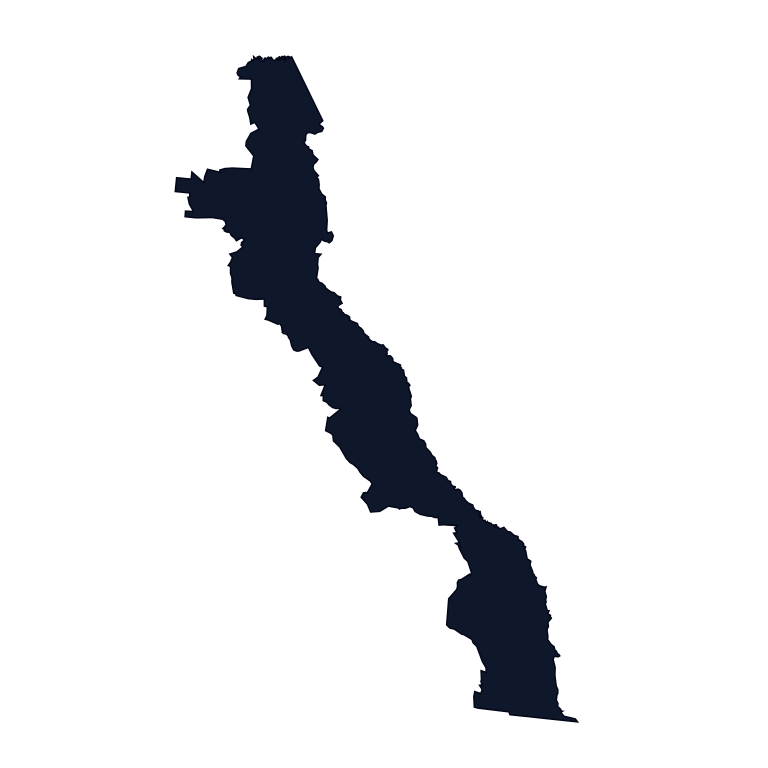 outline of Pijiño Del Carmen, Magdalena, Colombia, rotated 276°
{"feature_id": "7082276B92401866793230", "entity_name": "Pijiño Del Carmen", "entity_type": "district", "adm_level": 2, "iso_a3": "COL", "parent_name": "Colombia", "parent_adm1": "Magdalena", "projection": "robinson", "projection_center": [-74.146, 9.518], "detail": "fine", "context": "isolated", "style": "filled", "palette": "ink", "viewbox_px": 768, "rotation_deg": 276, "n_neighbors": 0, "source": "geoboundaries", "source_scale": "gbopen_adm2", "svg_char_len": 6147}
<svg xmlns="http://www.w3.org/2000/svg" viewBox="0 0 768 768"><g transform="rotate(276 384 384)"><path d="M699.7,258.0L697.5,255.7L697.9,255.3L699.3,256.3L699.8,254.5L699.4,253.3L695.1,251.8L696.3,251.0L698.9,251.7L699.7,251.0L699.1,250.0L696.6,249.8L697.0,248.9L699.0,248.8L699.1,248.3L698.2,247.8L696.5,248.2L695.7,247.3L696.0,246.6L697.9,246.7L698.5,245.9L697.3,244.4L695.5,245.1L696.5,242.9L694.8,242.5L694.3,240.1L697.1,237.7L696.9,236.6L695.3,236.2L696.9,234.7L695.1,233.5L695.8,232.1L695.6,231.3L694.4,230.6L692.7,231.1L692.9,228.3L695.1,228.7L696.9,226.0L696.6,225.2L694.0,225.6L694.5,224.8L696.2,224.5L696.0,223.8L693.7,223.2L695.9,220.2L693.8,220.7L691.6,220.1L692.8,218.5L691.1,218.3L689.6,215.5L685.4,213.5L682.5,206.5L677.9,205.4L675.8,206.7L674.4,209.2L672.4,208.2L673.4,220.3L663.9,221.4L654.8,218.9L647.4,222.0L642.8,219.6L640.8,220.1L635.1,222.6L628.5,224.4L630.7,228.1L624.5,233.1L619.3,225.4L610.8,221.7L606.4,221.7L597.2,230.6L584.0,229.5L582.9,210.6L581.6,203.2L579.6,198.3L577.4,199.1L579.1,186.0L571.3,184.0L565.4,183.8L574.8,170.8L567.6,170.8L567.5,156.2L553.6,156.3L553.7,170.8L549.7,171.3L549.2,169.5L542.6,171.6L536.6,175.9L535.6,176.0L535.2,168.5L529.6,168.7L529.6,179.5L531.6,195.9L531.0,206.4L529.0,209.2L525.6,210.4L521.7,207.5L521.1,209.4L519.7,209.1L518.7,211.6L518.7,214.8L515.8,216.6L513.2,220.6L511.0,222.2L514.6,227.1L512.8,230.3L509.7,227.6L507.0,227.4L506.3,228.8L505.0,228.8L500.0,223.8L497.1,217.1L493.9,220.1L489.2,218.7L485.5,216.7L484.9,219.1L477.9,219.8L473.5,221.8L469.3,222.1L458.6,225.1L458.3,227.1L456.6,227.7L454.7,240.1L454.8,247.9L456.0,256.1L448.9,256.9L448.5,260.0L439.7,260.4L436.0,259.0L435.5,262.3L432.4,272.0L433.1,273.9L430.8,276.1L426.9,277.0L426.9,277.7L424.7,277.3L423.7,278.9L423.4,281.6L421.9,283.7L420.4,284.1L418.0,286.2L412.5,288.1L408.6,290.5L407.6,293.4L407.9,296.0L412.5,305.0L406.3,308.9L395.2,318.0L394.4,321.2L383.9,317.6L380.2,313.4L376.0,319.8L377.1,325.6L365.9,322.5L366.3,324.8L361.1,325.3L359.9,329.1L357.6,331.4L355.3,335.3L354.6,338.7L355.1,341.9L354.5,343.5L344.4,333.4L345.0,331.6L331.5,330.8L329.5,336.2L327.7,338.5L322.1,339.7L316.8,346.5L305.9,354.4L302.3,358.5L300.9,361.8L297.4,366.7L293.8,369.4L290.1,373.2L286.0,380.6L283.4,382.7L274.0,378.7L274.2,376.8L273.7,376.5L273.7,375.0L269.0,373.1L262.7,380.1L255.3,384.1L256.9,393.1L263.0,401.1L262.3,410.7L261.3,412.7L262.1,413.4L262.7,418.4L264.8,422.4L264.0,425.7L260.4,428.3L258.2,433.6L257.2,441.4L257.4,445.2L256.5,448.5L256.8,451.9L249.4,453.5L250.2,457.5L250.8,471.4L250.3,471.7L248.2,469.2L243.7,472.0L242.9,468.8L234.1,475.7L233.0,472.0L230.2,477.0L229.9,475.4L228.2,476.2L219.1,482.1L216.3,485.9L205.3,490.8L202.9,490.1L203.9,489.1L197.6,481.2L196.9,478.8L194.2,477.7L190.4,478.3L187.2,477.8L177.3,470.8L151.0,471.5L148.1,475.1L147.6,479.5L143.2,487.6L143.1,489.6L139.1,498.2L135.9,499.7L132.8,503.7L118.2,510.9L112.5,515.1L107.9,515.8L109.1,510.5L100.4,511.8L98.3,511.5L95.0,513.0L94.4,510.5L90.5,513.5L86.3,512.7L87.6,506.4L82.6,506.0L72.1,507.6L71.5,511.2L71.0,542.5L68.3,543.8L68.2,611.8L70.9,609.3L72.4,597.8L76.0,594.1L77.2,595.7L77.2,594.8L79.1,593.5L81.7,590.2L84.2,590.5L87.7,588.4L92.9,588.5L94.5,589.2L98.2,588.8L101.7,586.8L112.1,584.4L120.1,583.8L127.7,581.0L131.0,581.8L130.9,585.8L132.0,587.2L133.5,586.0L133.5,584.9L136.5,583.2L136.7,582.0L140.5,580.6L142.5,577.4L147.0,573.4L149.9,573.4L156.7,571.8L160.2,572.9L164.1,571.9L168.6,574.9L169.7,573.9L171.4,573.7L172.6,570.9L175.8,571.8L175.6,570.6L176.1,569.9L182.1,567.4L184.2,568.0L186.4,567.3L189.5,567.7L194.5,565.6L199.2,566.4L198.7,564.7L199.7,559.4L201.3,557.5L205.4,555.4L207.2,555.9L208.4,554.0L210.1,553.3L210.9,551.9L212.7,551.6L219.4,548.1L223.1,548.5L225.2,544.6L233.0,542.3L233.9,541.3L236.8,541.9L237.8,539.5L239.4,539.7L241.3,538.1L243.6,533.7L246.3,533.2L247.1,529.1L250.1,525.0L250.1,522.3L254.0,518.2L252.5,515.5L252.2,513.1L253.4,513.0L253.4,510.5L254.3,511.1L255.7,510.5L255.7,509.6L254.5,508.5L255.3,508.1L255.2,506.0L256.5,505.3L257.3,501.6L258.0,501.1L256.7,500.4L256.8,499.7L259.0,498.7L258.6,496.6L260.2,495.8L261.1,496.3L262.1,494.8L261.5,494.1L261.9,493.4L262.9,494.6L263.5,494.1L263.6,492.9L264.8,493.7L267.3,492.9L266.9,491.9L267.7,491.0L268.0,488.0L271.3,485.4L272.9,485.0L274.3,480.6L276.6,477.3L278.7,475.7L279.4,474.1L284.1,472.8L286.3,470.9L287.2,468.9L287.0,468.1L286.5,468.6L286.2,468.0L286.5,465.7L287.4,464.2L288.5,465.6L289.3,465.5L289.6,463.0L291.6,460.9L293.8,460.4L294.4,459.6L294.1,458.2L297.8,455.5L299.8,449.6L301.2,448.2L302.0,445.2L306.1,446.1L308.1,444.0L310.3,444.8L312.9,444.0L314.3,442.6L315.8,442.5L318.1,439.1L321.1,437.1L325.1,432.3L328.6,431.7L331.7,429.5L333.1,424.9L337.5,422.7L341.1,419.9L346.6,421.8L353.0,420.4L354.0,419.8L357.3,413.6L359.7,412.1L361.8,411.9L365.1,413.3L372.0,411.8L374.5,412.5L382.3,409.1L384.3,409.0L385.5,409.9L387.5,408.1L387.7,406.7L392.5,405.7L394.1,403.4L399.8,402.0L400.4,400.0L401.7,399.7L402.3,398.6L404.6,398.5L407.1,390.6L410.3,390.0L412.7,387.4L412.2,383.5L414.8,384.0L416.6,383.1L417.8,384.2L418.9,384.1L420.1,381.5L422.7,379.3L422.9,378.6L422.2,377.9L423.5,373.1L425.1,370.4L424.9,368.1L425.9,366.2L427.2,364.4L429.2,363.6L432.2,358.8L434.8,357.7L436.8,355.7L438.6,352.4L441.4,351.2L443.2,344.9L444.3,343.3L447.1,342.7L448.4,340.4L449.1,337.3L450.5,336.2L450.9,335.0L453.6,333.6L454.4,330.9L456.1,329.9L457.5,330.6L459.9,333.9L463.1,331.8L466.0,331.9L466.7,328.5L469.7,324.7L469.9,322.0L471.2,319.5L473.3,316.1L475.2,315.1L477.6,311.9L478.6,308.6L481.2,307.2L481.8,305.8L492.7,306.3L496.0,305.4L502.9,305.3L506.5,307.7L506.4,301.3L512.4,301.6L518.4,305.7L521.3,306.7L519.7,310.3L519.7,312.6L518.7,314.8L521.2,317.2L526.1,318.1L529.8,315.8L528.3,312.1L530.5,310.9L540.8,310.4L555.4,307.6L558.1,307.9L560.8,306.3L563.9,306.1L566.4,302.2L571.4,298.9L575.9,298.6L581.0,297.3L581.9,295.2L584.3,297.0L589.1,291.9L592.0,290.7L595.3,291.1L597.6,293.3L600.3,294.8L604.5,289.4L608.5,288.2L609.9,284.8L612.1,284.1L612.4,282.1L615.6,279.2L618.1,280.5L623.5,280.2L626.0,281.7L626.3,284.9L625.3,289.1L627.4,291.9L628.7,295.7L632.0,297.0L633.4,295.9L635.0,292.9L636.0,292.5L639.4,295.6L699.7,258.0Z" fill="#0f172a" stroke="#020617" stroke-width="1.5"/></g></svg>